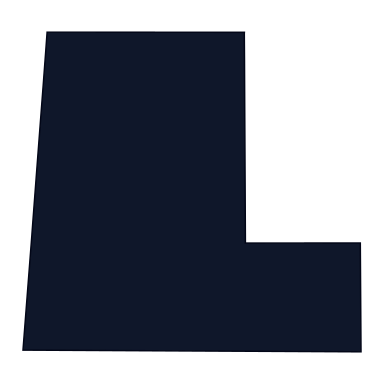 Gastre, Chubut, Argentina (Natural Earth projection)
{"feature_id": "61730980B58028591073526", "entity_name": "Gastre", "entity_type": "district", "adm_level": 2, "iso_a3": "ARG", "parent_name": "Argentina", "parent_adm1": "Chubut", "projection": "natural_earth1", "projection_center": [-68.969, -42.669], "detail": "fine", "context": "isolated", "style": "filled", "palette": "ink", "viewbox_px": 384, "rotation_deg": 0, "n_neighbors": 0, "source": "geoboundaries", "source_scale": "gbopen_adm2", "svg_char_len": 370}
<svg xmlns="http://www.w3.org/2000/svg" viewBox="0 0 384 384"><path d="M361.0,351.8L360.3,243.0L245.4,243.1L244.7,104.7L244.5,61.6L244.3,33.6L244.4,32.3L64.7,32.2L61.3,32.2L54.4,32.2L52.7,32.2L47.1,32.2L47.1,32.3L47.0,33.8L45.8,50.4L43.2,85.3L39.3,136.5L32.8,222.5L32.0,233.3L31.9,235.0L23.0,350.1L361.0,351.8Z" fill="#0f172a" stroke="#020617" stroke-width="1.5"/></svg>